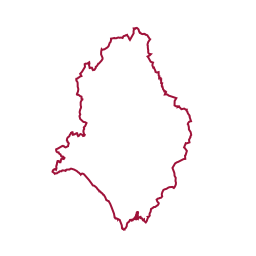 outline of Gorey Lea-6, Wexford, Ireland, rotated 107°
{"feature_id": "5873133B62102749120694", "entity_name": "Gorey Lea-6", "entity_type": "district", "adm_level": 2, "iso_a3": "IRL", "parent_name": "Ireland", "parent_adm1": "Wexford", "projection": "robinson", "projection_center": [-6.324, 52.694], "detail": "fine", "context": "isolated", "style": "outline", "palette": "rose", "viewbox_px": 256, "rotation_deg": 107, "n_neighbors": 0, "source": "geoboundaries", "source_scale": "gbopen_adm2", "svg_char_len": 5857}
<svg xmlns="http://www.w3.org/2000/svg" viewBox="0 0 256 256"><g transform="rotate(107 128 128)"><path d="M35.3,134.6L35.0,135.2L33.8,136.4L33.5,137.4L33.7,138.5L33.4,139.2L33.2,139.3L33.2,140.2L33.9,141.2L34.0,142.8L33.2,144.2L33.5,144.6L32.3,145.7L30.7,146.7L30.1,147.7L29.7,148.8L30.0,149.1L30.1,149.7L30.9,150.0L30.8,151.0L31.1,151.7L32.1,151.1L33.8,151.0L35.8,150.3L43.2,151.9L42.6,152.7L40.6,154.4L40.0,155.5L39.2,156.1L40.0,157.1L40.0,157.3L40.8,158.0L41.3,158.9L41.9,159.3L43.5,159.5L43.5,161.0L44.2,162.5L44.2,163.5L44.9,164.7L45.4,165.1L46.1,166.9L45.9,167.4L46.7,168.7L47.5,170.4L48.6,170.0L50.7,169.8L52.0,170.4L55.3,170.5L56.9,171.2L59.7,173.6L60.0,174.4L60.6,175.1L60.7,175.9L60.5,176.2L62.7,176.0L65.4,175.3L68.3,172.9L69.4,172.5L71.3,173.0L74.9,174.7L75.4,175.1L75.4,175.3L77.5,175.7L79.0,176.7L79.8,176.4L82.0,177.0L82.3,177.2L82.4,177.9L82.9,178.4L82.7,178.7L82.4,178.7L82.0,179.4L81.4,179.6L80.9,180.2L81.4,181.4L81.9,182.1L81.8,182.3L80.5,182.8L79.8,183.4L79.1,183.7L77.7,183.7L76.5,184.3L77.4,185.1L78.3,185.6L78.9,187.5L79.6,188.1L82.1,187.0L87.6,188.4L90.2,189.6L91.5,188.0L92.0,187.7L92.5,188.7L93.8,189.5L94.3,190.2L95.4,190.7L96.0,191.8L97.0,191.6L97.9,191.1L98.2,190.5L99.1,189.6L100.3,189.1L103.2,188.2L104.7,187.2L105.6,186.8L107.8,186.5L110.6,186.8L111.1,186.2L110.7,185.1L111.5,183.1L111.6,181.7L112.1,181.4L113.7,181.0L113.8,180.8L113.8,180.0L114.2,179.9L115.0,180.5L117.2,180.8L120.1,179.9L121.6,179.0L122.5,178.9L124.1,179.1L126.4,179.0L127.5,178.7L129.0,177.6L130.8,177.9L133.3,176.4L135.2,172.5L135.0,170.4L135.4,169.1L139.0,169.6L139.5,170.1L140.5,170.4L141.7,169.6L143.0,169.9L144.3,169.7L144.8,169.3L145.4,169.2L146.0,168.6L146.9,168.3L147.0,167.8L147.3,167.8L147.3,167.4L147.5,167.4L148.1,167.5L148.8,168.6L148.0,169.5L147.6,171.5L148.3,172.2L149.7,172.6L150.4,173.3L149.4,174.3L147.9,175.0L147.8,175.3L148.1,175.8L149.5,177.0L149.8,177.8L150.2,177.9L150.6,178.8L148.3,179.7L148.3,180.2L149.1,180.8L149.3,181.1L150.2,181.0L151.0,181.5L152.1,181.7L153.1,181.7L154.4,182.7L155.2,183.0L156.1,183.1L157.1,183.0L157.9,182.8L158.1,182.2L158.8,181.9L158.8,181.6L159.4,181.3L159.6,180.5L160.1,180.1L161.6,180.2L162.9,180.0L164.8,182.0L164.7,182.9L164.2,183.6L164.4,184.5L164.1,184.9L164.3,185.5L168.0,188.9L169.4,190.5L170.3,190.2L171.4,189.5L171.6,189.2L171.9,188.4L171.6,187.4L171.9,187.3L172.2,186.6L172.7,186.2L173.0,184.8L174.1,184.0L174.6,183.5L174.7,182.6L174.4,182.4L174.3,181.9L175.2,180.0L176.5,180.4L176.6,182.1L177.0,182.3L177.4,182.8L178.0,182.6L178.8,183.0L179.4,182.6L180.5,182.6L180.8,183.6L179.9,185.0L180.2,185.7L181.9,185.7L184.1,185.3L184.3,185.5L185.7,185.4L187.5,184.6L189.0,184.6L188.5,185.7L189.0,186.4L189.3,186.3L189.6,186.8L190.4,187.4L191.9,187.4L192.5,185.7L193.2,184.6L192.6,184.2L192.2,182.8L190.9,181.9L190.5,181.2L190.1,181.2L189.4,180.7L188.8,178.9L188.3,178.8L187.7,178.4L187.2,176.1L187.3,175.2L187.0,175.0L186.2,175.0L185.7,174.5L184.8,171.7L183.8,171.1L183.5,170.4L183.5,167.4L184.1,164.4L185.0,162.5L185.1,161.8L185.9,160.5L185.8,160.3L186.0,159.5L186.2,159.4L185.0,158.6L184.9,157.8L185.1,156.6L189.2,150.0L191.9,146.4L193.2,144.9L193.1,143.4L194.2,140.7L195.7,138.8L195.7,138.3L196.4,137.4L197.1,136.9L197.1,136.7L196.8,136.3L196.8,135.9L197.7,134.8L197.8,134.0L198.3,133.3L198.3,133.0L199.1,132.2L199.1,131.5L201.0,129.4L203.2,127.7L203.2,127.0L203.6,126.4L203.5,125.2L205.8,122.8L208.9,120.3L214.1,116.3L216.5,115.1L216.8,114.8L217.2,114.8L217.5,114.6L217.8,114.1L217.8,113.8L218.2,113.5L218.2,113.3L217.8,113.0L217.8,112.3L218.1,111.8L217.9,111.3L218.0,110.8L218.3,110.7L218.1,110.6L218.3,109.1L222.9,105.5L225.1,104.6L225.1,104.3L225.8,104.2L226.2,103.5L226.0,102.6L226.3,102.3L225.8,101.9L225.9,101.6L225.3,101.6L224.5,101.0L222.3,100.5L220.6,100.9L218.9,100.8L217.3,99.6L215.3,99.2L214.8,98.0L215.5,97.5L215.2,97.1L214.3,96.7L214.5,96.4L210.1,94.7L208.8,94.9L208.1,94.7L206.2,94.9L205.6,94.6L205.5,93.9L206.0,93.6L206.8,93.5L207.3,93.8L207.9,93.7L207.8,93.4L208.8,93.0L209.2,93.2L209.7,93.1L209.9,93.4L210.3,93.1L210.7,93.3L212.0,93.2L212.2,93.7L213.0,94.0L212.9,93.4L212.0,93.2L212.2,91.9L211.1,92.0L210.5,91.7L210.4,91.9L209.7,90.5L209.3,90.0L209.9,89.5L210.5,89.5L210.3,88.3L211.7,86.9L210.7,86.0L212.1,85.5L213.1,83.4L211.6,82.9L208.7,82.8L207.4,82.5L207.1,83.0L206.6,82.0L205.4,81.6L204.5,82.1L203.4,82.3L201.4,81.9L198.7,82.3L197.2,80.9L196.2,80.4L195.5,78.8L193.8,77.7L193.4,77.1L191.9,76.6L190.9,76.6L189.7,78.5L188.1,79.7L186.7,78.7L186.4,77.9L185.7,77.3L185.1,76.1L184.7,75.8L183.4,75.3L182.1,76.1L181.1,76.4L179.2,76.4L176.9,76.0L176.0,75.1L174.9,73.4L173.2,72.0L172.5,71.1L171.4,68.4L171.3,67.9L171.9,67.2L172.0,66.6L170.7,66.1L168.7,65.8L167.7,65.8L166.2,66.2L164.8,67.1L161.7,67.8L160.3,69.3L159.7,69.7L158.4,70.1L157.2,70.7L153.2,73.8L148.1,72.6L146.5,71.2L145.8,70.2L141.9,66.2L141.4,65.6L140.8,64.2L137.7,65.4L137.1,65.0L132.7,65.0L130.5,67.9L130.2,68.7L125.6,68.3L125.6,67.5L123.8,65.0L121.5,66.2L118.4,65.6L117.9,65.9L116.2,65.5L113.6,66.9L111.6,69.3L109.3,70.1L107.2,71.4L106.8,72.0L105.6,71.9L104.3,71.4L103.7,70.8L103.1,69.7L99.3,72.4L99.1,72.3L98.1,72.8L97.0,74.4L95.7,75.7L94.8,76.1L94.4,77.0L93.9,77.4L93.3,77.3L93.5,78.3L93.0,79.9L94.4,82.4L92.8,85.2L93.4,86.3L92.5,86.1L93.2,88.4L92.8,90.1L88.5,91.3L85.3,90.5L85.1,98.7L84.5,100.0L84.7,101.5L85.2,102.6L83.0,102.5L83.0,102.2L82.4,102.1L81.9,103.0L82.4,104.0L81.1,105.0L80.8,105.7L78.4,107.1L78.6,107.4L77.9,108.0L76.9,108.3L75.2,108.4L75.3,109.5L71.8,110.5L72.1,111.0L70.8,111.5L71.5,112.7L70.6,113.0L69.4,113.1L69.4,113.4L68.8,114.0L65.6,115.1L66.5,116.6L66.3,118.1L65.1,118.7L63.4,120.3L62.6,120.8L63.0,121.4L61.0,123.0L59.0,123.3L58.1,123.2L58.0,125.7L54.6,129.2L53.9,130.2L52.2,128.5L50.7,127.7L50.9,129.4L50.4,130.3L49.5,130.9L47.6,131.4L47.0,131.8L44.9,132.7L43.5,133.1L43.0,133.6L42.0,133.8L39.8,133.8L36.7,132.8L36.6,133.3L35.3,134.6Z" fill="none" stroke="#9f1239" stroke-width="2"/></g></svg>